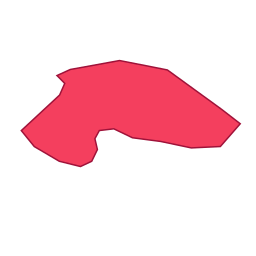 outline of Gjorče Petrov, rotated 306°
{"feature_id": "MKD-2948", "entity_name": "Gjorče Petrov", "entity_type": "Municipality", "adm_level": 1, "iso_a3": "MKD", "parent_name": "North Macedonia", "parent_adm1": "", "projection": "equal_earth", "projection_center": [21.302, 42.042], "detail": "fine", "context": "isolated", "style": "filled", "palette": "rose", "viewbox_px": 256, "rotation_deg": 306, "n_neighbors": 0, "source": "natural_earth", "source_scale": "10m", "svg_char_len": 443}
<svg xmlns="http://www.w3.org/2000/svg" viewBox="0 0 256 256"><g transform="rotate(306 128 128)"><path d="M114.5,53.3L126.9,50.6L128.7,39.7L141.4,46.9L177.6,81.5L198.1,125.7L198.1,147.5L198.1,158.4L198.1,193.0L197.4,216.3L167.3,213.6L149.1,190.9L136.3,162.3L122.7,137.3L119.0,117.0L109.1,106.3L99.9,107.5L92.6,115.9L79.8,118.2L68.9,112.2L60.7,92.0L57.9,63.1L63.2,43.2L114.5,53.3Z" fill="#f43f5e" stroke="#9f1239" stroke-width="1.5"/></g></svg>